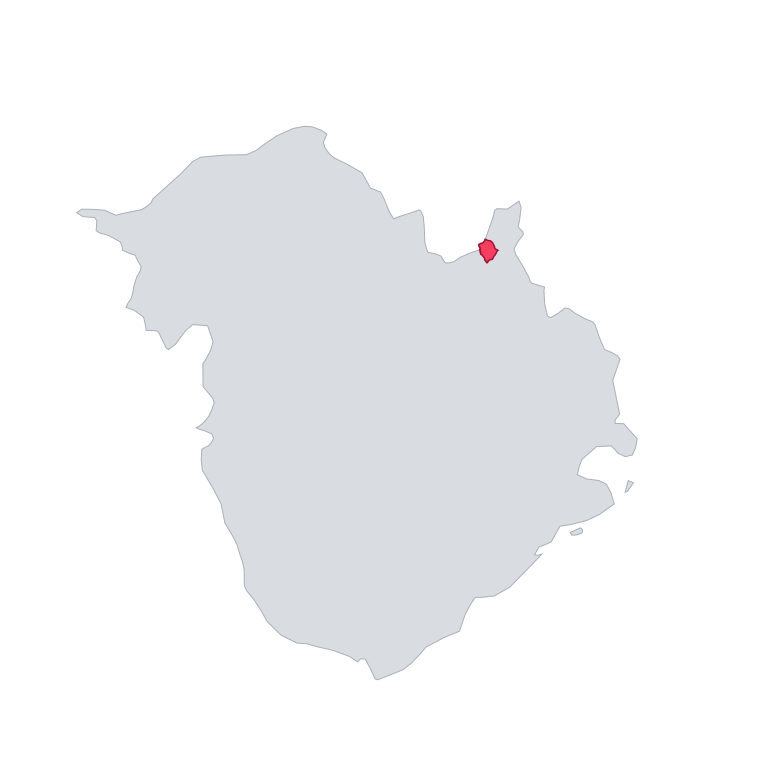 Rumduol, Svay Rieng, Cambodia shown in context, rotated 250°
{"feature_id": "14789045B51142255514393", "entity_name": "Rumduol", "entity_type": "district", "adm_level": 2, "iso_a3": "KHM", "parent_name": "Cambodia", "parent_adm1": "Svay Rieng", "projection": "albers", "projection_center": [105.826, 11.218], "detail": "fine", "context": "in_parent", "style": "filled", "palette": "rose", "viewbox_px": 768, "rotation_deg": 250, "n_neighbors": 0, "source": "geoboundaries", "source_scale": "gbopen_adm2", "svg_char_len": 5827}
<svg xmlns="http://www.w3.org/2000/svg" viewBox="0 0 768 768"><g transform="rotate(250 384 384)"><path d="M650.1,153.8L651.7,159.7L647.4,170.9L642.8,181.0L634.1,189.9L633.7,196.4L630.8,215.8L632.0,222.0L634.1,227.3L637.0,230.1L644.6,249.1L651.7,266.3L658.6,280.5L659.8,289.5L653.7,312.3L646.5,333.2L647.2,343.6L650.4,354.1L653.8,368.0L655.2,385.7L653.4,397.4L650.1,404.6L643.8,412.0L638.3,415.8L631.7,409.6L626.4,409.3L619.3,411.2L613.8,414.2L602.5,425.0L589.9,435.6L572.5,438.4L565.8,446.3L558.5,447.4L544.7,447.8L535.7,449.6L536.2,453.6L535.5,472.2L535.7,476.5L534.3,477.7L528.0,478.2L517.5,475.4L503.1,470.8L493.0,470.1L487.7,478.2L484.6,481.4L480.8,481.9L476.7,483.3L475.4,486.9L475.0,491.5L477.0,499.2L477.7,511.5L477.2,519.9L481.0,525.2L502.8,543.0L509.3,547.4L510.1,550.1L506.2,559.8L509.7,573.4L502.8,573.1L491.3,567.3L485.9,563.7L479.2,566.6L476.9,566.1L472.5,559.3L466.6,552.5L460.6,552.1L447.8,554.7L434.8,556.6L429.8,556.6L427.8,557.8L420.2,568.0L417.0,566.2L403.9,562.3L391.9,560.8L389.4,563.4L390.9,571.8L393.5,579.9L391.9,583.3L385.3,587.6L376.6,595.2L371.2,601.2L367.5,602.6L354.2,602.3L341.0,603.0L335.7,608.7L330.7,613.0L326.4,614.2L309.2,600.2L274.9,595.1L271.2,588.9L267.9,587.7L264.7,595.7L245.8,603.2L238.0,598.5L232.3,592.9L233.2,586.0L238.7,580.4L248.0,576.5L252.5,562.4L245.5,544.3L239.3,539.0L232.7,534.7L225.8,541.4L219.8,552.9L213.7,558.7L205.1,560.0L192.6,559.4L187.8,542.2L186.4,527.4L188.2,510.7L190.2,500.7L178.3,486.9L177.7,473.8L172.0,467.0L170.2,470.4L170.3,474.1L168.7,471.4L150.1,432.8L147.1,415.0L150.5,401.4L152.4,396.8L147.0,389.5L139.4,381.2L125.9,370.4L125.2,353.4L122.4,333.3L118.4,326.5L112.3,314.1L109.0,303.9L108.2,276.9L109.9,274.7L119.6,274.1L131.9,272.3L133.9,267.9L131.8,264.3L139.8,258.3L151.2,245.0L160.1,231.1L166.5,222.4L170.3,213.6L183.1,201.4L200.7,193.0L212.6,191.1L225.0,188.2L236.9,184.2L242.5,183.8L257.2,189.0L265.2,190.3L273.5,190.3L282.2,190.9L289.7,190.4L307.8,187.0L326.9,189.9L344.0,187.7L365.1,183.8L375.5,186.4L385.0,190.5L386.3,198.7L388.4,202.4L391.6,205.3L395.8,205.3L401.2,199.6L405.7,193.7L407.2,192.6L407.4,195.5L409.6,201.9L413.6,208.3L417.7,212.5L424.5,218.0L428.9,218.3L443.4,213.1L465.1,220.7L467.6,224.5L474.6,232.3L482.2,237.9L499.2,238.2L505.2,224.5L502.2,216.2L492.6,201.6L490.0,193.1L493.0,191.5L509.4,189.9L512.0,188.2L515.6,178.8L520.0,179.8L529.1,181.0L538.6,174.6L544.3,167.8L547.4,170.9L550.8,175.6L554.5,178.4L561.4,182.4L569.0,188.1L573.7,193.7L577.5,195.9L587.2,194.3L589.8,194.5L595.4,187.7L599.3,184.0L602.7,185.0L607.6,184.9L617.7,176.1L623.4,168.2L626.5,166.0L635.6,169.9L639.3,169.1L644.4,158.1L650.1,153.8ZM181.6,519.5L179.7,520.5L177.9,520.4L176.2,518.8L176.4,512.7L177.7,508.9L180.8,508.2L181.6,519.5ZM209.7,580.5L205.9,584.6L199.8,576.0L199.9,573.6L209.7,580.5Z" fill="#d9dde1" stroke="#a8b0b8" stroke-width="1"/><path d="M478.1,520.3L478.0,520.2L477.9,520.2L477.7,519.9L477.4,519.7L477.2,519.7L477.0,519.8L476.8,519.9L476.7,519.9L476.4,520.0L476.2,520.2L475.9,520.2L475.7,520.1L475.5,519.9L475.4,519.8L475.3,519.7L475.3,519.4L475.2,519.4L474.9,519.4L474.8,519.5L474.7,519.5L474.4,519.8L474.2,519.7L474.0,519.4L473.9,519.4L473.7,519.5L473.4,519.5L473.2,519.5L473.1,519.4L473.0,519.5L472.9,519.5L472.8,519.4L472.7,519.5L472.5,519.8L472.4,519.9L472.2,519.8L472.1,520.1L472.1,520.3L471.9,520.3L471.7,520.3L471.4,520.5L471.2,520.6L470.9,520.6L470.7,520.6L470.4,520.6L470.2,520.7L469.8,520.8L469.7,520.8L469.5,521.0L469.3,521.1L469.0,521.2L468.8,521.2L468.6,521.3L468.3,521.3L468.2,521.3L467.8,521.4L467.5,521.4L467.3,521.4L467.0,521.4L466.8,521.4L466.7,521.3L466.5,521.2L466.4,521.1L466.1,521.0L465.9,521.1L465.7,521.2L465.6,521.3L465.3,521.5L465.1,521.6L464.9,521.6L464.6,521.6L464.3,521.7L464.1,521.7L463.7,521.8L463.2,521.9L462.9,522.0L462.7,522.1L462.7,522.5L462.7,522.8L462.8,523.0L463.0,523.1L463.4,523.3L463.7,523.5L463.8,523.5L464.0,523.7L464.0,523.8L464.0,524.0L463.9,524.0L463.8,524.3L463.8,524.5L464.1,524.8L464.2,525.0L464.3,525.1L464.5,525.3L464.5,525.6L464.5,525.9L464.4,526.1L464.4,526.3L464.5,526.6L464.5,526.9L464.5,527.0L464.4,527.2L464.3,527.4L464.3,527.5L464.2,527.7L464.1,527.8L464.1,528.0L464.1,528.3L464.3,528.5L464.4,528.8L464.5,528.9L464.6,529.1L464.7,529.3L464.9,529.4L465.1,529.6L465.3,529.8L465.4,530.0L465.5,530.1L465.8,530.3L466.0,530.5L466.3,531.0L466.5,531.2L466.7,531.5L466.8,531.7L467.0,532.0L467.2,532.4L467.4,532.6L467.6,532.9L467.7,533.1L467.9,533.3L468.1,533.5L468.3,533.8L468.5,534.0L469.0,534.5L469.3,534.8L469.6,535.1L469.8,535.3L470.1,535.7L470.2,535.8L470.2,536.0L470.3,536.1L470.5,536.4L470.6,536.5L470.7,536.8L470.9,536.6L471.0,536.5L471.2,536.4L471.2,536.2L471.5,536.1L471.9,535.8L472.0,535.6L472.2,535.4L472.4,535.2L472.5,535.1L472.9,534.9L473.0,534.8L473.3,534.7L473.6,534.6L473.8,534.7L474.2,534.7L474.3,534.7L475.1,534.8L475.6,534.9L476.2,534.8L477.0,534.6L477.6,534.6L478.2,534.5L478.8,534.5L479.3,534.4L480.2,534.1L480.9,533.7L481.5,533.4L481.9,533.2L482.1,532.9L482.4,532.6L482.6,532.2L482.9,531.6L483.0,531.1L483.4,530.6L483.8,530.2L484.2,529.9L484.6,529.5L485.0,529.1L485.3,528.8L485.5,528.6L485.4,528.5L485.3,528.4L485.2,528.3L485.1,528.2L484.9,528.1L484.7,528.1L484.5,527.9L484.3,527.6L484.1,527.4L484.0,527.2L483.9,527.1L483.8,526.9L483.7,526.7L483.5,526.4L483.3,526.2L483.2,525.9L483.0,525.7L483.0,525.4L483.0,525.2L482.9,525.1L482.8,524.9L482.7,524.6L482.7,524.3L482.6,524.1L482.7,523.9L482.8,523.7L483.0,523.4L483.0,523.2L483.1,522.9L483.1,522.7L483.0,522.4L482.9,522.2L482.7,522.0L482.7,521.9L482.6,521.7L482.7,521.4L482.8,521.1L482.8,520.9L482.7,520.7L482.4,520.8L482.1,520.9L481.9,520.7L481.7,520.4L481.3,520.3L481.2,520.3L480.9,520.5L480.7,520.5L480.4,520.6L480.2,520.5L479.9,520.6L479.6,520.5L479.4,520.5L479.1,520.7L479.0,520.8L478.8,521.0L478.7,521.1L478.4,521.1L478.2,520.9L478.1,520.6L478.1,520.3Z" fill="#f43f5e" stroke="#9f1239" stroke-width="1.5"/></g></svg>